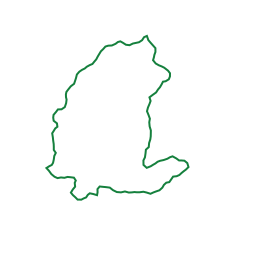 the district of Serrania, Minas Gerais, Brazil, rotated 303°
{"feature_id": "56859067B74246895734471", "entity_name": "Serrania", "entity_type": "district", "adm_level": 2, "iso_a3": "BRA", "parent_name": "Brazil", "parent_adm1": "Minas Gerais", "projection": "albers", "projection_center": [-46.094, -21.571], "detail": "fine", "context": "isolated", "style": "outline", "palette": "green", "viewbox_px": 256, "rotation_deg": 303, "n_neighbors": 0, "source": "geoboundaries", "source_scale": "gbopen_adm2", "svg_char_len": 2165}
<svg xmlns="http://www.w3.org/2000/svg" viewBox="0 0 256 256"><g transform="rotate(303 128 128)"><path d="M82.3,67.3L79.3,70.0L76.6,72.2L74.1,74.4L71.7,76.1L69.2,77.7L67.8,81.0L64.4,81.4L61.2,82.9L58.0,84.1L55.5,84.2L52.9,82.7L50.0,81.4L49.1,84.9L47.6,88.8L47.1,92.9L47.6,96.2L50.0,98.7L51.6,101.8L54.0,103.9L55.2,106.2L56.9,109.7L55.5,112.8L53.0,113.2L50.0,115.6L46.4,115.2L42.7,115.3L41.7,118.4L41.2,121.6L40.5,124.7L42.5,127.9L44.7,129.1L47.0,130.7L50.0,130.7L52.4,131.5L53.7,134.8L54.8,138.6L57.5,137.5L60.1,135.7L63.5,136.1L65.1,139.2L66.3,141.5L68.1,145.2L67.7,149.3L68.2,153.5L70.2,157.2L73.1,160.0L74.3,163.8L76.1,166.3L77.8,168.3L79.0,170.6L80.4,172.7L82.9,175.6L84.0,178.7L85.1,182.7L87.8,184.4L90.1,186.1L92.9,188.3L96.7,189.3L99.9,189.1L103.0,189.9L105.1,192.1L107.9,192.2L111.8,192.3L114.1,195.1L116.6,196.7L119.4,197.4L121.9,198.2L124.6,199.2L128.2,200.0L130.9,196.8L131.3,193.1L130.1,190.9L128.6,188.6L128.8,185.1L128.5,180.8L126.3,179.1L123.7,177.8L120.5,175.3L118.0,172.8L115.8,171.2L113.2,170.3L110.9,169.1L108.3,167.9L104.8,165.4L105.5,161.1L109.2,158.6L112.6,158.2L116.1,156.6L119.6,154.8L123.3,155.8L126.9,153.9L130.6,152.9L133.4,151.6L135.5,150.3L138.4,148.5L141.1,145.3L144.4,142.7L147.7,141.3L150.2,138.0L152.4,134.8L156.0,133.6L160.0,132.9L163.0,132.2L165.4,129.3L169.3,130.7L173.1,132.2L176.7,132.2L179.6,132.6L183.3,132.4L185.9,132.1L187.7,134.1L191.1,135.7L194.1,135.1L196.8,133.4L197.9,130.3L198.3,125.5L198.0,122.7L197.4,119.7L197.2,116.1L198.5,112.1L201.5,111.2L203.7,110.3L206.7,109.6L209.9,107.5L211.0,103.5L211.7,100.9L212.8,97.2L215.5,93.7L212.9,92.0L209.3,92.0L205.9,90.5L203.4,88.0L201.5,86.1L198.3,84.2L196.7,80.9L196.7,77.4L196.5,74.4L194.6,72.7L191.8,71.7L188.4,69.5L186.3,66.6L184.0,64.7L180.6,64.2L177.6,63.5L174.2,63.6L171.4,63.7L168.3,64.0L165.3,63.6L162.3,63.3L160.0,61.7L157.0,60.1L154.3,59.3L151.8,57.8L148.7,56.5L145.0,56.0L141.5,57.2L138.9,57.9L135.7,58.7L131.8,57.3L127.7,56.9L124.7,56.7L122.4,57.6L120.1,59.2L118.4,61.0L115.1,62.6L111.1,63.6L107.5,62.1L105.4,59.1L102.3,58.9L98.5,58.4L96.0,59.6L93.6,61.7L93.2,65.9L90.6,68.1L88.0,67.2L85.0,67.3L82.3,67.3Z" fill="none" stroke="#15803d" stroke-width="2"/></g></svg>